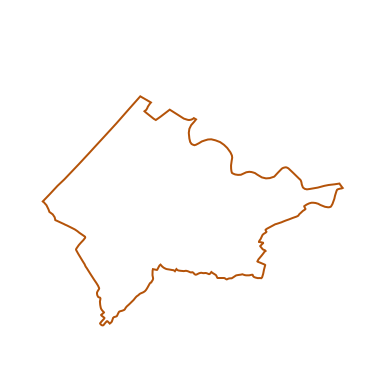 Tam Ky, Quàng Nam, Vietnam, rotated 255°
{"feature_id": "81297802B35959496403420", "entity_name": "Tam Ky", "entity_type": "district", "adm_level": 2, "iso_a3": "VNM", "parent_name": "Vietnam", "parent_adm1": "Quàng Nam", "projection": "robinson", "projection_center": [108.474, 15.575], "detail": "fine", "context": "isolated", "style": "outline", "palette": "amber", "viewbox_px": 384, "rotation_deg": 255, "n_neighbors": 0, "source": "geoboundaries", "source_scale": "gbopen_adm2", "svg_char_len": 5149}
<svg xmlns="http://www.w3.org/2000/svg" viewBox="0 0 384 384"><g transform="rotate(255 192 192)"><path d="M297.8,166.8L288.9,153.3L277.9,136.8L267.9,121.1L259.8,108.3L257.1,104.1L248.3,90.1L237.2,71.9L232.7,63.6L226.8,54.2L221.5,45.4L221.0,45.7L220.5,46.2L216.9,48.0L212.3,48.9L209.7,49.1L206.4,51.7L203.1,52.8L200.2,52.7L199.1,54.1L194.1,60.1L193.6,60.6L191.9,62.7L188.9,66.1L186.2,69.1L183.9,71.1L181.7,72.7L177.5,76.3L176.5,77.1L175.8,77.1L175.4,76.9L173.7,74.7L171.8,71.6L170.0,68.9L167.2,65.6L166.5,65.1L165.9,65.1L165.4,65.2L161.8,66.1L154.2,68.3L149.9,69.6L148.4,69.8L147.4,70.0L145.8,70.6L138.7,72.8L132.5,74.8L129.1,76.0L125.8,77.0L123.2,77.4L122.7,77.3L122.3,77.0L122.1,76.8L120.7,75.3L119.6,74.3L118.4,73.9L116.8,73.8L115.2,74.1L114.6,74.5L113.9,75.6L113.5,75.9L113.0,76.0L112.5,75.9L110.0,74.7L106.7,74.1L103.9,73.9L102.6,74.0L101.3,74.4L99.8,75.1L98.6,75.8L98.4,75.8L98.3,75.6L97.4,73.8L96.9,72.5L96.6,72.4L96.1,72.6L95.8,72.8L93.2,74.8L92.9,74.8L92.7,74.6L92.3,74.2L90.4,71.2L89.1,69.4L88.8,69.2L88.1,69.4L87.2,69.9L86.6,70.5L86.4,70.8L86.2,71.6L86.4,72.2L86.9,72.8L88.5,75.1L89.1,76.1L89.2,76.5L89.0,76.9L87.7,77.7L86.2,78.5L87.0,80.3L87.7,81.1L88.7,81.8L90.8,83.2L91.3,84.1L91.4,86.4L91.5,87.1L92.1,87.8L93.1,88.6L94.9,90.2L95.3,90.9L95.4,91.9L95.4,94.0L95.6,95.6L95.8,96.3L96.3,97.0L96.8,97.4L97.8,98.6L98.4,99.5L99.7,102.1L102.8,107.6L104.7,110.2L105.5,111.5L106.3,113.7L107.0,114.9L107.3,115.9L107.6,118.0L107.8,119.2L108.4,120.9L109.2,122.1L109.6,122.6L111.1,124.2L114.0,127.0L114.8,127.8L115.2,129.3L115.7,129.5L116.1,130.1L117.0,131.1L118.1,131.9L118.8,132.1L120.2,132.2L121.9,132.3L126.3,133.6L127.6,134.3L125.8,137.9L125.9,138.3L128.5,140.7L129.4,141.6L130.0,142.8L127.8,143.9L127.1,144.4L126.3,145.0L125.4,145.9L124.3,147.2L123.9,148.0L123.1,149.8L121.7,152.8L121.3,153.8L121.0,154.1L120.8,154.4L119.9,155.0L121.6,157.0L120.4,157.7L119.7,158.6L118.9,160.4L118.2,162.3L117.7,163.6L117.5,165.5L117.2,166.4L116.4,167.7L115.1,169.3L114.7,169.9L114.5,170.4L114.5,171.3L114.4,171.6L114.0,172.1L113.1,172.7L112.1,173.1L111.3,173.9L111.1,174.4L111.2,175.6L111.6,177.3L111.7,178.7L111.6,180.0L110.9,181.4L110.6,182.2L110.3,184.0L109.8,185.1L108.3,187.1L108.2,187.6L108.5,188.4L109.7,190.0L109.3,190.3L108.6,190.8L107.2,192.1L105.8,193.4L105.3,193.7L104.5,193.9L103.3,194.1L102.8,194.2L102.4,194.4L102.2,194.8L101.8,196.3L101.0,199.4L100.5,201.0L100.3,201.3L99.6,201.8L98.9,202.5L98.6,202.9L98.6,203.3L98.8,204.2L98.9,204.9L98.9,205.7L98.5,207.4L98.4,208.0L98.5,208.4L98.7,209.1L99.3,210.9L99.7,212.1L99.9,212.5L100.0,213.6L99.8,215.7L99.5,218.0L99.5,219.3L99.4,219.5L99.1,219.9L98.5,220.8L98.2,221.2L97.5,222.7L96.7,225.6L96.7,226.2L96.6,228.0L96.5,228.5L96.5,228.8L96.3,229.1L96.0,229.1L95.7,229.2L95.3,229.2L94.6,229.4L94.0,229.8L93.6,230.2L92.9,231.2L91.8,233.2L91.3,235.3L91.1,235.9L90.8,236.5L91.2,237.3L91.4,237.6L94.6,239.6L98.3,241.4L102.1,243.6L102.5,243.8L102.9,243.6L103.8,242.5L106.3,239.3L107.0,238.3L107.6,237.5L107.8,237.3L108.0,237.2L108.4,237.5L109.8,238.8L110.4,239.7L112.8,243.1L114.6,245.5L115.2,246.1L115.5,246.6L116.0,247.8L116.8,247.4L118.3,245.5L118.8,245.3L121.0,244.3L121.7,244.0L122.1,243.9L122.3,244.2L123.8,246.7L124.1,247.4L124.3,247.5L124.6,247.5L125.4,246.1L126.0,244.7L126.3,244.0L126.4,243.8L126.8,243.9L127.7,244.7L128.6,245.9L130.0,247.1L131.8,248.6L132.4,249.2L133.0,250.4L133.6,252.4L134.0,253.3L134.3,253.6L134.9,253.4L136.3,253.2L136.6,253.5L137.2,255.1L137.9,258.2L139.3,264.1L139.3,265.0L139.3,265.7L139.5,269.1L139.6,270.8L139.8,272.0L140.2,275.4L140.4,278.2L140.9,282.8L141.2,286.8L141.6,288.5L142.8,289.9L143.3,290.9L145.1,294.3L145.5,295.7L146.0,297.0L146.3,297.2L147.6,296.9L148.9,296.7L149.2,296.7L149.4,297.1L150.2,299.5L150.7,302.3L150.7,304.7L150.3,306.2L149.4,308.5L148.0,310.8L146.2,312.7L143.3,316.6L142.1,319.3L141.8,320.4L141.8,321.6L141.9,322.3L142.4,322.9L144.1,324.6L148.7,327.8L151.4,329.2L154.1,330.9L155.8,332.0L156.3,332.5L156.6,332.7L156.8,333.2L156.9,334.1L156.9,336.1L156.7,337.7L156.9,338.6L157.5,338.3L159.3,337.6L161.6,336.7L162.0,336.6L162.5,331.9L163.4,325.8L163.7,321.5L163.7,314.7L164.4,306.9L164.8,303.7L165.4,302.6L165.8,301.8L167.1,300.7L167.8,300.3L170.7,300.0L173.2,300.2L174.7,300.1L175.8,299.8L177.0,299.0L184.1,294.8L189.8,291.3L190.7,290.4L191.3,289.6L191.6,288.8L191.7,287.8L191.7,286.3L191.3,284.8L188.5,280.1L185.6,275.5L185.5,274.5L185.3,270.7L186.0,267.0L188.0,263.3L191.7,259.7L194.0,257.7L195.1,256.0L195.9,254.6L196.7,252.5L197.0,249.5L196.5,246.7L196.0,243.7L196.6,240.9L197.8,238.2L199.1,236.5L200.2,235.5L202.0,235.5L204.3,235.8L207.6,236.6L211.9,238.4L214.7,239.7L216.9,240.0L220.3,239.4L225.5,237.4L229.3,235.1L232.9,232.1L235.8,228.1L237.9,224.3L238.6,221.0L238.5,217.7L238.3,214.6L237.4,211.6L236.6,208.0L236.6,206.4L237.5,205.1L238.5,204.0L240.8,203.2L244.4,203.3L249.9,204.2L253.7,205.8L256.8,208.5L259.3,212.3L261.1,214.7L262.9,212.9L262.3,211.5L262.1,209.6L262.3,207.7L263.0,206.2L263.4,205.6L265.0,203.1L270.8,197.8L277.3,191.8L272.8,180.9L270.9,175.7L272.6,174.0L281.3,167.6L282.3,167.0L283.2,169.1L284.6,170.5L285.9,171.5L287.9,173.8L289.1,175.5L296.0,168.6L297.8,166.8Z" fill="none" stroke="#b45309" stroke-width="2"/></g></svg>